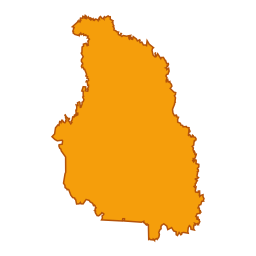 outline of Montería, Córdoba, Colombia
{"feature_id": "7082276B30491480162439", "entity_name": "Montería", "entity_type": "district", "adm_level": 2, "iso_a3": "COL", "parent_name": "Colombia", "parent_adm1": "Córdoba", "projection": "equal_earth", "projection_center": [-75.989, 8.611], "detail": "fine", "context": "isolated", "style": "filled", "palette": "amber", "viewbox_px": 256, "rotation_deg": 0, "n_neighbors": 0, "source": "geoboundaries", "source_scale": "gbopen_adm2", "svg_char_len": 5716}
<svg xmlns="http://www.w3.org/2000/svg" viewBox="0 0 256 256"><path d="M72.7,197.6L74.6,198.0L74.8,199.0L75.6,199.4L76.6,204.0L79.2,203.8L80.4,202.5L80.9,203.8L83.1,203.9L86.1,199.5L89.2,200.4L90.1,201.8L92.6,203.3L93.5,205.5L94.2,205.0L95.0,205.7L95.3,207.0L96.1,207.8L95.0,209.1L95.4,210.6L94.7,210.8L95.5,211.5L95.3,212.6L97.1,215.6L98.7,215.8L101.4,213.6L101.8,212.7L103.7,213.6L103.7,214.6L102.1,215.9L102.4,218.2L101.5,219.9L123.0,221.0L123.3,220.6L122.5,220.0L122.8,218.7L124.5,218.7L124.5,221.0L141.6,222.2L143.8,221.3L143.8,222.6L144.5,222.8L145.8,224.5L146.9,224.0L146.9,225.1L148.4,224.9L148.7,239.2L149.4,238.6L150.0,239.6L153.0,239.9L153.2,239.1L154.6,240.6L154.7,239.5L156.5,238.6L157.2,239.4L158.9,237.0L159.4,234.4L158.8,232.3L160.0,229.6L161.1,228.8L160.9,226.7L161.6,225.3L163.8,223.8L166.8,226.1L167.8,229.6L171.6,227.6L173.6,230.9L176.1,231.8L176.2,234.7L177.5,235.5L179.1,232.5L180.8,234.8L181.7,234.1L181.9,232.8L183.5,232.4L188.2,233.2L187.8,231.7L188.2,227.8L189.4,225.6L190.7,226.9L191.0,229.3L194.3,230.0L193.5,228.5L193.9,225.2L195.4,225.0L194.7,223.3L196.4,224.0L197.6,223.6L197.8,224.8L198.5,224.7L198.1,223.4L199.1,223.2L199.8,221.5L199.1,220.5L199.2,219.6L197.4,219.3L198.1,218.6L198.0,217.3L196.8,217.9L196.8,216.7L195.8,216.5L197.2,213.7L200.0,213.4L199.8,212.2L200.8,212.1L200.3,210.7L199.5,210.5L199.3,208.1L198.0,207.9L199.3,204.9L200.8,204.6L201.7,201.4L203.6,201.1L203.3,200.6L204.0,198.6L203.0,196.8L203.0,194.7L200.6,195.5L199.8,196.5L199.2,195.0L199.7,194.2L199.6,191.0L198.3,191.1L198.2,192.5L195.6,192.0L195.3,190.6L196.0,187.2L195.1,187.7L194.0,186.5L195.3,185.7L195.3,183.5L196.1,183.1L196.3,181.9L197.3,180.7L195.4,179.4L195.4,178.8L196.3,178.6L196.5,179.4L198.5,177.6L197.3,176.8L197.0,175.8L197.7,172.1L197.4,171.8L198.4,171.2L198.3,169.8L197.6,169.4L197.4,168.4L198.8,166.9L198.8,164.4L196.0,163.6L196.2,160.6L195.9,159.9L194.9,160.0L193.7,161.9L192.7,160.5L193.4,159.9L193.2,158.6L194.6,158.7L195.6,156.7L195.6,155.2L196.2,155.0L196.3,154.1L194.8,154.0L194.9,152.5L194.5,152.5L194.3,151.4L193.8,151.8L193.0,149.3L193.4,148.0L192.2,146.4L193.7,145.2L194.0,141.9L194.6,141.4L194.4,140.6L196.0,139.9L196.0,138.6L195.0,137.2L193.0,136.7L193.2,135.7L192.5,135.2L192.2,136.8L191.6,137.0L190.6,136.7L190.8,136.1L189.7,134.7L188.8,135.5L188.4,135.2L188.7,132.4L190.0,131.7L190.0,131.1L189.6,130.3L188.9,131.2L189.0,127.7L187.3,127.5L186.4,127.1L186.3,126.5L183.1,126.8L182.7,125.5L180.8,125.0L180.4,123.3L177.7,122.1L177.6,119.4L178.5,117.3L176.4,116.7L176.6,115.4L176.2,115.0L174.4,115.7L172.9,112.8L172.5,109.3L174.6,104.0L174.5,103.1L175.3,102.2L175.0,101.4L175.5,97.8L174.4,95.7L175.4,94.6L175.7,92.6L174.0,92.2L170.2,88.5L171.9,86.2L171.4,84.4L169.8,82.4L169.8,81.5L168.3,82.0L167.8,79.9L166.3,81.7L166.1,80.9L167.0,77.7L165.9,76.0L166.6,74.5L167.9,74.2L169.1,71.1L168.6,68.3L166.8,69.6L166.6,68.2L165.8,67.9L166.6,67.6L167.2,65.7L167.7,66.1L168.5,64.4L168.3,63.5L166.6,63.5L165.6,60.6L165.3,60.7L163.4,57.4L161.3,57.5L160.8,58.7L157.6,53.7L156.3,56.2L155.9,55.9L155.1,53.8L155.7,52.3L155.0,53.7L155.9,56.0L155.7,56.8L155.0,56.9L153.1,55.1L152.0,50.4L152.5,48.4L153.5,47.7L149.2,44.2L147.1,40.7L146.5,45.6L145.5,45.0L143.4,45.0L141.8,42.1L140.2,42.6L139.5,40.9L140.0,40.5L139.7,39.8L137.4,40.9L136.4,39.0L133.2,36.6L132.6,39.4L131.7,39.2L132.0,38.2L130.6,36.8L130.1,37.4L130.4,38.4L129.4,39.2L128.7,37.8L128.9,37.2L129.9,37.3L130.7,35.4L126.5,36.2L123.1,35.5L121.9,36.5L120.5,35.2L121.4,33.6L121.0,33.4L119.9,35.3L118.4,34.5L118.2,33.2L118.6,32.1L116.5,31.7L115.9,30.8L113.9,30.0L114.2,28.2L113.1,26.5L113.9,25.9L113.0,24.2L112.9,22.7L112.2,22.4L113.1,20.8L110.4,19.4L110.2,16.7L108.7,16.6L108.1,15.9L105.4,17.5L104.4,16.7L103.8,17.7L103.9,19.0L103.3,18.4L102.1,18.5L100.5,16.5L99.3,17.5L99.4,19.5L98.6,19.1L98.1,20.6L97.6,19.8L95.7,19.0L94.6,20.2L94.3,19.6L93.4,20.2L93.1,18.6L90.8,20.0L90.4,19.6L91.1,18.3L90.2,17.8L89.5,18.7L88.4,17.0L88.0,17.9L86.4,17.8L86.2,18.6L84.6,18.0L84.5,17.2L86.3,17.7L86.6,16.5L85.2,15.4L84.8,16.9L82.8,16.3L82.8,18.2L80.5,18.1L80.3,19.1L80.9,20.2L80.0,21.9L79.0,20.4L78.4,21.6L77.9,21.2L77.3,22.3L72.4,26.7L73.4,26.9L73.5,28.1L74.0,27.9L72.8,31.2L73.5,31.7L73.1,32.9L74.9,34.4L78.3,35.4L79.4,34.4L79.5,35.2L80.8,33.1L81.6,34.6L83.5,33.8L83.8,35.4L85.7,34.8L85.7,35.5L88.1,36.2L87.4,37.9L87.9,37.8L89.4,39.2L87.8,41.2L88.3,41.8L87.9,43.6L88.3,45.2L87.1,45.7L86.1,43.3L83.4,44.1L83.5,46.2L82.1,47.0L81.9,52.5L81.2,53.1L83.2,56.7L81.4,59.8L81.4,61.4L82.6,63.2L82.6,64.8L81.9,64.9L81.4,66.3L82.0,67.7L83.1,67.3L84.0,69.4L84.6,69.3L86.6,74.3L85.9,76.0L87.5,76.5L86.9,78.1L88.3,78.7L88.6,80.5L87.1,81.3L86.5,80.9L86.1,81.8L87.2,81.9L87.7,85.3L88.5,85.2L88.5,87.0L87.2,89.2L88.1,89.4L87.7,91.2L85.3,90.8L85.8,89.1L85.7,86.9L83.2,86.7L81.8,91.0L83.2,91.4L83.2,95.6L83.6,96.2L82.7,97.0L83.9,99.6L83.2,101.6L82.0,102.3L82.1,104.1L80.9,107.3L80.3,107.4L79.9,102.5L79.3,101.9L77.5,102.8L77.9,105.4L76.2,104.9L76.8,106.9L76.5,110.2L75.9,110.2L76.0,112.3L76.9,112.9L76.2,113.5L77.2,114.0L77.8,113.6L77.8,114.8L76.4,115.5L76.4,114.6L75.2,114.7L74.5,115.1L74.9,116.0L74.0,117.1L73.5,116.5L72.7,116.9L72.1,120.0L71.1,121.4L71.9,122.4L70.8,123.9L68.8,120.9L68.2,120.8L68.3,119.6L69.4,119.1L69.4,118.5L68.2,118.5L66.2,116.7L65.3,114.9L64.9,115.2L65.8,116.8L65.5,117.7L66.2,119.2L65.7,120.7L66.0,121.1L64.9,122.8L63.3,122.1L63.4,121.5L62.3,120.8L62.4,120.3L61.8,120.2L61.0,122.6L60.5,121.7L59.7,121.5L58.9,125.4L57.9,124.9L55.5,127.8L54.6,133.9L52.0,136.7L54.9,139.5L57.3,140.8L62.1,140.2L62.6,140.9L62.2,144.2L59.1,144.7L58.9,146.0L59.7,148.2L60.9,149.2L61.2,150.8L65.6,157.0L65.7,172.2L65.0,174.0L63.5,183.2L64.9,185.3L65.1,187.6L66.7,188.7L67.2,189.8L68.1,189.4L68.8,189.8L70.8,195.1L72.7,197.6Z" fill="#f59e0b" stroke="#b45309" stroke-width="1.5"/></svg>